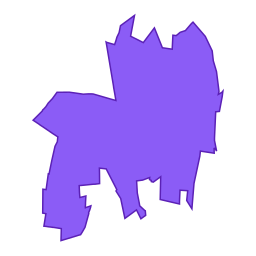 outline of Bustamante, Tamaulipas, Mexico
{"feature_id": "50627088B16485273598132", "entity_name": "Bustamante", "entity_type": "district", "adm_level": 2, "iso_a3": "MEX", "parent_name": "Mexico", "parent_adm1": "Tamaulipas", "projection": "equal_earth", "projection_center": [-99.943, 23.324], "detail": "fine", "context": "isolated", "style": "filled", "palette": "violet", "viewbox_px": 256, "rotation_deg": 0, "n_neighbors": 0, "source": "geoboundaries", "source_scale": "gbopen_adm2", "svg_char_len": 2196}
<svg xmlns="http://www.w3.org/2000/svg" viewBox="0 0 256 256"><path d="M48.3,173.8L46.1,189.6L42.9,189.2L42.9,189.9L42.7,213.1L45.9,213.7L44.8,220.5L43.9,226.2L46.1,226.4L47.2,226.6L48.5,226.8L49.4,226.9L50.4,227.0L50.5,227.0L51.0,227.1L51.9,227.2L52.1,227.2L52.3,227.3L52.5,227.3L53.0,227.4L53.7,227.4L61.3,228.6L61.0,240.6L78.7,235.2L80.6,234.7L82.3,232.0L85.0,227.3L88.3,215.3L88.4,215.1L88.8,213.4L88.6,212.9L88.9,212.0L89.7,210.1L89.9,209.5L90.5,207.6L90.9,205.8L88.1,206.8L85.8,207.5L85.4,207.7L85.3,206.8L85.5,204.5L85.5,202.8L85.9,196.0L79.9,197.5L79.5,192.9L79.4,190.5L79.2,185.6L80.2,185.5L81.5,185.4L86.7,184.9L88.6,184.7L93.5,184.2L94.9,184.2L97.3,183.9L99.6,183.6L99.5,173.4L99.4,168.1L106.2,168.9L116.8,189.6L116.0,191.0L120.7,198.5L124.9,218.4L136.5,209.9L140.9,218.8L145.7,215.3L145.3,210.9L145.2,210.9L139.7,205.8L139.3,203.3L137.3,193.0L136.6,180.9L142.6,180.1L142.9,180.0L149.7,177.5L149.5,179.6L151.2,180.4L151.3,181.6L153.3,182.1L160.7,176.7L160.2,199.5L179.5,204.0L179.5,201.3L179.6,198.9L180.0,190.2L187.7,190.7L186.7,200.5L191.9,208.8L194.0,183.4L199.8,156.3L200.4,151.1L214.2,153.2L214.1,148.5L214.9,148.3L216.6,151.1L214.6,141.0L214.5,140.8L214.5,138.0L214.7,133.4L215.7,111.8L219.4,111.4L222.2,96.6L222.9,91.1L222.4,91.7L222.0,92.3L218.3,94.4L219.0,91.4L216.5,71.6L213.3,60.8L212.2,50.9L205.3,36.4L193.0,22.1L191.4,23.6L185.4,30.6L180.2,32.3L176.2,35.6L172.9,35.2L172.2,49.2L164.1,48.0L163.3,47.9L162.4,47.8L154.4,27.9L143.3,42.6L130.6,36.2L134.5,15.4L120.5,25.7L119.1,32.6L116.9,37.2L116.0,40.4L114.6,44.6L106.8,42.4L106.1,42.0L106.7,45.5L112.4,79.5L113.3,84.9L113.6,86.9L113.6,87.2L114.9,94.5L115.9,100.5L111.2,99.2L110.8,99.1L98.4,95.5L93.2,94.0L91.5,93.9L91.4,93.9L89.6,93.9L88.5,93.9L88.0,93.9L84.5,94.1L83.4,94.2L75.2,93.0L73.7,92.8L69.3,92.2L57.0,92.3L52.7,98.2L52.7,98.3L48.2,103.1L45.8,106.8L45.5,107.1L44.6,108.1L44.1,108.6L43.8,109.0L43.7,109.1L42.9,109.7L42.1,111.2L40.3,113.0L37.1,116.2L33.1,120.2L34.4,121.1L35.0,121.5L35.5,121.8L36.8,122.7L38.8,124.0L39.4,124.5L40.1,125.0L47.4,129.9L52.5,133.4L54.2,134.5L57.9,136.9L57.8,137.1L57.3,141.8L55.0,146.3L51.8,160.5L49.2,173.2L49.0,174.0L48.3,173.8Z" fill="#8b5cf6" stroke="#5b21b6" stroke-width="1.5"/></svg>